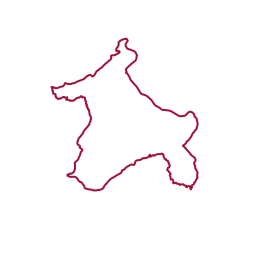 Contratación, Santander, Colombia (Robinson projection), rotated 213°
{"feature_id": "7082276B96001848010118", "entity_name": "Contratación", "entity_type": "district", "adm_level": 2, "iso_a3": "COL", "parent_name": "Colombia", "parent_adm1": "Santander", "projection": "robinson", "projection_center": [-73.502, 6.304], "detail": "fine", "context": "isolated", "style": "outline", "palette": "rose", "viewbox_px": 256, "rotation_deg": 213, "n_neighbors": 0, "source": "geoboundaries", "source_scale": "gbopen_adm2", "svg_char_len": 5887}
<svg xmlns="http://www.w3.org/2000/svg" viewBox="0 0 256 256"><g transform="rotate(213 128 128)"><path d="M152.8,55.1L152.0,55.1L149.9,55.5L146.4,57.9L145.6,58.2L144.5,58.3L142.6,57.8L140.7,56.9L139.9,56.7L139.2,56.7L138.5,57.0L137.8,56.8L137.0,57.0L136.6,57.0L135.2,56.1L134.0,55.9L133.4,55.6L131.7,54.1L130.9,54.0L130.2,54.3L127.2,55.2L126.1,56.1L123.6,56.7L123.1,56.8L122.8,57.2L121.8,57.5L120.6,58.4L119.6,59.7L119.1,60.0L118.6,60.0L118.1,60.4L117.8,61.1L117.2,61.7L116.4,63.0L116.0,63.9L115.9,64.9L116.2,65.2L116.3,66.0L116.1,67.5L116.2,68.0L115.9,69.4L115.6,69.9L115.7,70.4L115.6,71.8L115.1,73.9L115.1,74.7L114.8,75.9L114.4,76.7L113.8,77.7L113.1,79.2L112.7,79.9L111.9,81.9L109.4,86.4L109.3,86.8L109.8,89.2L109.6,89.8L108.5,91.3L108.4,92.5L107.7,95.1L106.7,96.6L106.3,97.9L105.9,98.6L104.9,99.5L103.4,99.9L103.1,100.1L102.8,100.5L102.8,101.1L102.9,102.0L103.5,103.7L103.4,104.9L102.7,105.9L100.3,108.0L99.9,108.7L99.1,110.8L98.4,111.2L98.1,111.2L97.6,111.9L96.7,112.5L95.8,113.5L95.4,114.2L95.0,117.4L94.9,117.4L94.7,116.9L94.6,116.4L94.2,116.1L93.8,116.0L93.5,116.1L93.2,117.2L92.7,118.1L92.3,118.4L92.1,119.0L91.7,119.1L91.0,119.0L90.6,119.4L89.7,121.4L89.1,122.0L86.5,123.9L86.1,124.5L85.6,124.9L85.0,125.1L84.1,124.8L83.6,124.8L82.8,123.5L81.4,122.9L80.4,122.1L79.1,122.5L78.7,122.3L78.4,121.8L76.5,122.0L75.9,121.8L75.1,120.9L74.5,120.7L73.6,119.8L72.8,119.5L72.4,119.2L72.4,118.4L72.1,118.0L72.1,117.6L72.1,117.1L72.8,116.2L72.8,115.9L72.4,114.5L72.2,114.1L70.6,114.0L69.2,113.2L68.6,113.3L67.8,113.0L67.3,112.7L67.3,111.3L65.1,109.5L64.4,108.4L64.1,108.2L63.2,109.0L62.5,109.0L60.8,108.0L60.5,107.6L60.4,106.9L60.0,106.4L59.5,106.5L57.9,108.2L56.8,107.9L55.0,108.7L54.4,108.9L54.0,108.6L53.6,108.5L53.2,108.9L53.0,109.4L51.1,110.8L50.6,110.9L49.5,110.5L48.1,111.2L47.7,111.2L46.9,110.2L46.4,110.5L46.3,111.2L45.9,112.1L44.8,112.7L44.2,112.9L43.0,111.5L42.0,110.9L41.8,111.3L42.0,111.7L42.4,112.1L42.1,112.6L42.0,113.0L42.9,114.3L43.1,114.9L42.2,116.6L42.3,117.5L42.7,118.0L42.7,118.5L42.3,118.9L42.3,119.1L42.6,121.5L42.7,124.2L42.9,124.6L43.4,124.7L43.9,125.3L44.2,126.1L44.6,126.5L45.1,128.1L45.6,128.6L47.0,129.4L47.8,130.0L49.4,130.7L49.8,131.1L51.0,132.7L52.2,133.4L52.8,133.8L53.4,134.5L53.6,135.2L53.5,137.3L54.1,138.3L55.0,138.9L56.4,139.5L59.5,139.6L60.6,139.8L61.6,140.3L63.9,141.0L67.5,141.9L68.5,142.2L69.4,142.6L70.5,142.8L72.1,143.0L72.2,143.6L71.6,144.8L71.2,146.1L71.1,147.0L71.4,148.7L70.8,149.8L70.5,151.9L70.3,156.0L70.7,157.1L70.8,159.3L70.5,160.1L70.4,160.9L70.5,161.9L70.4,162.8L70.1,163.5L70.1,164.9L70.5,165.6L71.4,168.5L71.8,169.4L72.2,170.0L74.4,171.9L75.0,172.7L75.9,173.4L76.9,173.7L78.0,173.7L78.7,174.0L79.4,175.1L80.2,175.6L81.1,175.8L82.1,176.1L83.0,176.0L84.7,175.6L85.3,175.0L85.9,174.1L86.0,173.1L86.4,171.9L86.5,171.0L86.8,169.6L87.4,168.8L90.3,166.5L91.4,165.9L101.5,165.5L103.5,164.8L106.9,163.1L108.6,162.1L109.8,161.8L111.5,162.0L113.1,162.1L117.1,161.8L118.2,162.0L123.6,164.2L128.8,165.1L130.8,165.0L132.7,164.6L135.2,163.8L136.0,164.0L142.9,167.2L144.7,167.8L147.0,168.3L152.0,169.8L153.9,171.0L154.3,171.4L154.9,171.8L155.4,171.9L158.4,173.4L158.9,173.4L159.4,173.2L159.7,173.2L160.0,173.9L160.1,174.7L161.4,175.6L161.8,176.1L160.9,180.7L160.3,182.6L160.0,183.9L158.4,188.6L158.7,190.6L159.2,191.8L159.6,192.5L159.9,192.8L160.2,194.1L161.4,194.6L162.2,195.2L162.9,195.5L164.3,195.8L167.7,195.2L168.4,195.0L169.4,194.9L170.4,194.3L172.2,194.3L174.5,195.5L175.5,196.5L175.6,197.3L175.8,199.2L175.7,201.0L176.6,201.6L178.0,202.0L180.9,199.1L182.5,195.6L182.5,194.7L181.3,192.9L180.9,191.8L180.8,190.6L180.9,189.8L181.0,188.6L180.7,187.5L180.1,186.5L179.5,186.4L178.8,186.7L178.4,187.3L177.6,187.5L176.7,187.4L176.4,187.1L176.3,186.6L178.4,182.5L179.3,181.4L181.1,180.1L181.5,179.4L181.4,178.9L180.2,177.8L180.0,177.0L180.0,175.5L180.5,174.3L180.9,172.5L181.8,170.0L183.1,164.2L184.0,162.0L184.3,160.4L185.1,159.0L185.2,157.9L185.0,154.7L185.1,153.4L185.6,152.1L186.5,151.8L187.7,152.1L188.8,151.9L189.9,150.4L190.7,148.9L191.3,146.3L191.7,145.1L193.4,142.5L194.4,141.3L195.8,139.4L197.2,136.8L197.8,136.0L198.6,135.5L200.1,133.6L202.5,132.1L204.9,131.6L205.2,131.2L204.9,129.2L205.2,128.2L205.7,127.1L207.3,125.5L207.9,124.5L209.8,122.2L210.8,121.8L212.0,121.8L213.8,121.2L214.2,120.7L213.8,120.6L213.3,119.8L212.4,119.6L212.1,119.3L211.7,118.0L210.8,117.8L210.4,117.4L210.1,116.7L209.6,116.2L208.7,116.3L208.1,116.6L207.3,116.8L206.8,116.5L206.3,115.4L206.0,115.4L205.4,115.1L205.3,114.6L204.7,114.4L204.0,114.5L203.1,114.1L202.8,114.2L202.4,114.6L201.9,114.6L201.6,115.0L201.4,115.5L201.1,115.9L200.7,116.0L200.3,116.4L199.5,118.3L198.9,119.0L198.2,119.3L197.5,119.2L196.8,119.5L195.7,120.5L195.4,120.2L195.4,118.5L195.2,118.2L193.2,119.2L191.2,119.3L190.8,120.0L190.2,120.4L189.4,120.6L188.9,120.9L188.2,122.4L187.9,123.2L187.9,123.7L187.0,125.5L186.7,126.0L185.4,127.0L184.9,128.7L184.5,129.3L183.9,129.3L183.4,128.9L182.9,128.8L182.6,129.2L181.2,129.9L180.5,129.8L180.0,129.3L179.7,128.7L179.3,128.2L178.8,128.1L178.3,127.4L177.3,127.0L176.6,125.4L175.4,125.4L174.8,123.9L174.3,124.0L173.8,123.8L173.2,122.8L172.3,122.7L171.6,121.8L170.5,121.9L169.8,120.9L168.9,120.1L168.3,119.1L167.4,118.5L167.1,118.0L165.6,117.4L165.3,116.9L164.8,116.6L164.3,116.1L163.9,115.6L163.8,114.3L163.1,113.3L163.1,112.1L162.9,110.9L162.3,110.0L162.8,106.1L162.8,105.3L162.9,104.5L163.3,103.3L163.3,102.0L163.4,101.7L163.3,100.5L162.9,99.0L163.2,96.8L163.3,94.8L163.6,93.2L163.6,92.4L163.2,90.2L162.6,88.2L161.8,87.2L161.3,86.9L160.4,86.8L159.1,86.8L158.5,86.7L158.2,86.2L158.1,85.7L157.6,85.3L155.8,85.2L154.4,84.9L154.2,84.2L154.2,83.6L154.2,83.0L154.4,82.4L154.4,81.8L153.8,80.2L153.5,79.0L153.3,77.9L153.3,76.8L152.7,74.9L152.8,73.7L153.5,71.0L153.6,70.1L153.4,69.4L152.1,67.8L150.1,64.7L149.9,63.9L149.6,61.4L149.7,60.6L150.6,58.8L151.3,58.3L151.9,58.2L152.2,57.1L153.3,56.0L152.8,55.1Z" fill="none" stroke="#9f1239" stroke-width="2"/></g></svg>